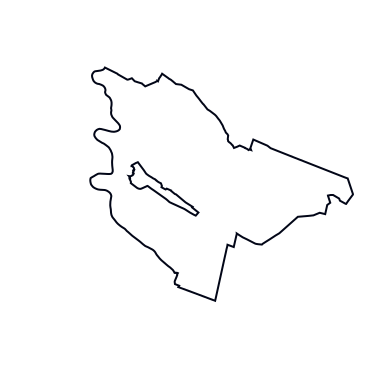 outline of Piltenes pag., Ventspils, Latvia, rotated 28°
{"feature_id": "27541924B30234976546427", "entity_name": "Piltenes pag.", "entity_type": "district", "adm_level": 2, "iso_a3": "LVA", "parent_name": "Latvia", "parent_adm1": "Ventspils", "projection": "natural_earth1", "projection_center": [21.694, 57.236], "detail": "fine", "context": "isolated", "style": "outline", "palette": "ink", "viewbox_px": 384, "rotation_deg": 28, "n_neighbors": 0, "source": "geoboundaries", "source_scale": "gbopen_adm2", "svg_char_len": 5798}
<svg xmlns="http://www.w3.org/2000/svg" viewBox="0 0 384 384"><g transform="rotate(28 192 192)"><path d="M196.9,266.6L203.5,268.1L205.8,268.6L208.1,268.9L210.8,269.6L211.6,269.8L212.3,270.1L213.6,270.9L214.6,271.6L215.1,271.4L215.5,271.2L215.5,270.9L216.1,270.7L216.7,270.4L217.6,270.3L217.6,271.9L218.0,272.4L218.1,273.6L218.2,274.1L218.6,278.6L218.8,279.3L219.1,279.8L220.2,281.3L224.7,280.8L224.6,282.4L240.5,280.2L263.5,277.2L262.7,274.2L251.7,234.8L250.2,229.3L249.3,226.2L248.7,223.7L248.1,221.9L254.7,221.0L251.8,210.3L251.2,207.9L251.0,207.6L254.0,207.9L258.1,208.2L262.8,208.0L272.0,207.9L273.0,207.7L275.0,207.0L278.4,205.6L278.7,204.6L280.5,201.4L282.8,197.4L286.2,191.2L288.5,187.4L297.1,164.2L306.4,158.2L310.2,155.6L314.5,150.4L320.0,149.0L317.5,140.0L319.1,136.6L314.5,132.1L314.2,131.9L313.7,131.3L315.9,129.5L318.0,128.4L325.0,128.7L326.7,130.2L333.2,130.3L333.3,130.2L333.7,130.1L334.0,127.1L335.3,118.7L335.0,118.2L323.1,106.9L322.8,107.0L319.8,107.4L266.8,113.5L240.8,116.4L236.9,115.7L221.5,116.9L222.9,125.5L223.0,125.8L223.3,126.1L224.5,127.2L222.8,127.4L222.8,127.5L222.3,128.4L220.2,128.1L218.1,128.3L218.0,128.1L213.2,128.5L212.9,128.5L212.3,128.6L210.5,131.0L210.3,131.2L208.4,133.4L206.3,131.9L206.2,131.8L205.5,131.6L205.1,131.6L204.1,131.1L202.6,130.7L201.5,130.6L200.1,130.2L199.3,129.1L198.9,128.8L198.8,128.7L197.4,125.1L197.2,125.0L196.2,124.3L195.5,124.1L193.9,123.6L192.9,122.7L190.6,121.2L189.4,120.2L187.9,118.9L183.3,116.1L181.9,115.4L181.5,115.3L177.6,113.5L175.9,113.0L169.9,112.0L166.9,111.8L160.8,109.1L160.4,109.1L158.3,108.2L153.5,106.0L150.6,104.8L145.1,101.9L141.2,102.6L132.2,102.3L127.2,104.2L123.5,103.4L122.8,103.2L121.9,103.1L121.2,102.9L120.3,102.8L118.6,102.8L117.7,102.6L110.1,101.6L110.1,102.6L110.0,103.9L109.8,106.0L109.6,106.9L110.0,110.2L109.6,110.2L109.7,110.3L109.2,110.5L108.9,110.7L108.0,112.2L101.1,120.7L96.9,119.8L96.8,119.7L92.3,120.6L89.4,121.1L85.5,119.8L83.1,122.5L82.1,123.2L71.2,122.9L70.7,122.6L56.7,123.0L56.7,123.7L56.4,125.0L56.0,125.8L55.6,126.3L54.3,127.6L52.3,129.1L49.8,130.9L49.3,131.5L48.9,132.6L48.7,134.2L48.7,134.7L49.0,135.9L49.1,136.2L49.9,137.4L51.4,138.9L52.1,139.5L52.9,140.1L53.9,140.5L54.8,140.8L56.1,140.9L56.8,140.9L57.7,140.8L59.5,140.2L60.3,140.1L61.8,139.9L63.0,139.9L63.5,139.9L64.7,140.2L65.9,140.8L66.6,141.3L67.3,142.0L67.6,142.4L68.0,143.2L68.3,144.5L68.6,144.9L68.7,145.1L69.9,146.1L70.3,146.4L70.9,146.6L74.0,147.1L74.8,147.3L75.5,147.6L77.6,149.1L78.4,150.0L79.0,150.8L79.9,152.5L80.4,153.7L81.1,155.8L81.4,156.3L81.8,156.7L82.4,157.7L82.7,158.1L83.0,159.4L83.3,159.9L84.0,161.1L84.6,161.7L86.1,162.9L86.9,163.4L88.0,163.8L90.4,164.6L93.8,165.7L94.9,166.1L96.3,166.8L97.0,167.2L97.6,167.8L97.9,168.3L98.2,168.8L98.5,169.7L98.7,170.3L98.6,170.8L98.4,171.6L97.7,172.9L96.7,174.0L95.5,175.0L94.8,175.5L94.1,175.8L92.5,176.5L89.9,177.2L85.9,178.1L84.0,178.6L83.2,178.8L82.4,179.0L81.1,179.5L80.5,179.8L79.6,180.7L79.0,181.6L78.7,182.0L78.6,182.5L78.2,183.7L78.1,184.7L78.3,185.9L78.5,186.6L78.7,187.1L79.0,187.6L79.4,188.1L79.9,188.6L81.7,189.6L83.9,190.4L85.0,190.5L89.7,190.8L90.8,190.7L91.8,190.7L94.6,191.1L96.8,191.5L97.7,191.7L100.5,193.3L100.9,193.6L102.3,194.8L103.0,195.3L104.0,196.5L105.2,198.2L105.7,199.2L106.8,201.9L107.6,203.5L109.2,206.2L111.6,209.7L112.3,211.0L112.4,211.6L112.5,212.2L112.5,212.8L112.3,213.3L112.0,213.9L111.5,214.3L110.3,215.1L108.2,216.1L102.4,218.8L101.7,219.2L100.9,219.7L100.2,220.4L99.9,220.9L98.9,222.4L98.0,224.0L97.2,225.2L96.4,226.5L96.2,226.9L96.0,227.3L96.1,227.9L96.5,229.0L96.8,229.6L97.6,230.8L99.0,232.4L99.7,232.9L100.3,233.2L101.9,233.9L102.9,234.1L103.9,234.2L105.0,234.2L106.3,234.1L107.6,233.9L108.3,233.7L109.9,233.1L113.6,231.4L114.4,231.1L115.4,230.9L116.5,230.8L117.9,230.9L119.2,231.1L120.1,231.4L120.9,231.8L121.7,232.4L122.4,233.1L122.7,233.5L123.0,234.4L124.5,238.9L125.7,241.4L126.1,242.2L127.1,243.7L128.5,245.5L130.3,248.4L131.1,249.4L131.8,250.2L132.3,250.6L133.8,251.7L136.7,252.9L139.7,254.3L141.5,254.9L142.4,255.1L144.3,255.5L146.5,255.8L149.6,256.0L150.5,256.2L153.0,257.1L154.2,257.3L159.9,258.7L167.5,259.9L169.7,260.3L173.1,261.1L175.9,261.6L176.6,261.6L179.2,261.4L181.5,261.4L183.7,261.4L184.9,261.5L185.4,261.6L186.5,261.9L187.7,262.4L188.2,262.7L189.9,263.8L190.7,264.2L192.9,265.1L194.7,265.9L195.7,266.2L196.9,266.6ZM179.5,211.4L176.9,211.5L173.7,210.7L172.2,210.4L157.5,208.5L154.6,208.2L150.1,207.5L149.7,207.6L149.5,207.9L146.6,211.7L145.7,212.8L145.2,213.3L144.7,213.6L143.7,214.0L142.2,214.2L141.1,214.1L133.8,212.9L133.4,211.8L132.5,211.0L130.9,209.9L130.6,209.6L130.6,209.4L130.3,209.2L130.3,208.9L130.2,208.8L130.7,208.7L130.3,208.1L129.0,207.6L129.7,207.4L129.8,207.2L130.3,207.1L130.4,206.9L130.8,206.4L131.1,206.0L131.2,205.6L131.4,205.5L131.6,205.3L131.6,205.1L131.9,204.4L131.8,204.2L131.9,203.8L131.9,203.6L131.9,203.4L131.9,203.2L131.4,203.1L131.3,202.9L131.1,202.9L130.8,202.9L130.7,202.7L130.7,202.4L130.7,202.1L130.9,201.9L130.9,201.7L130.6,201.3L130.2,201.1L130.3,200.8L130.2,200.7L130.4,200.6L130.4,200.4L130.5,200.4L130.4,200.1L130.6,199.9L130.5,199.7L130.3,199.6L130.2,199.5L130.2,199.4L130.4,199.1L129.8,198.6L129.5,198.2L129.2,197.9L128.6,197.7L128.2,197.5L127.7,197.5L127.5,197.3L127.2,197.3L126.7,197.3L126.4,197.5L126.3,197.3L126.3,196.7L126.7,196.3L126.8,196.0L126.9,195.8L128.0,194.1L128.8,192.8L130.2,191.1L139.3,195.4L142.8,197.3L144.2,197.6L146.5,197.9L149.3,198.0L151.2,198.2L151.7,198.2L153.3,198.1L154.3,198.3L154.2,198.4L154.5,198.5L156.2,198.8L157.9,199.0L160.5,198.9L162.6,200.8L162.8,202.1L166.5,202.2L167.6,202.1L168.1,200.9L172.8,200.5L172.9,200.8L177.8,201.8L179.0,201.6L191.2,204.2L199.6,204.8L199.4,205.6L207.3,207.1L206.4,211.1L204.6,211.2L199.9,211.1L194.0,210.6L192.4,210.6L189.7,210.8L184.4,211.1L179.5,211.4Z" fill="none" stroke="#020617" stroke-width="2"/></g></svg>